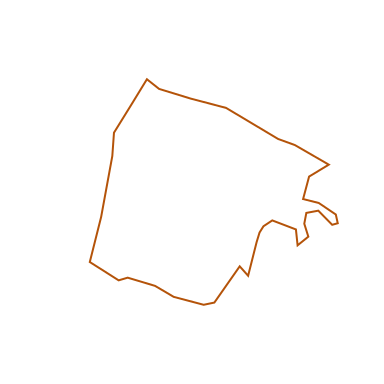 the district of Pulaski, Virginia, United States of America, rotated 51°
{"feature_id": "52423323B50424671887039", "entity_name": "Pulaski", "entity_type": "district", "adm_level": 2, "iso_a3": "USA", "parent_name": "United States of America", "parent_adm1": "Virginia", "projection": "robinson", "projection_center": [-80.648, 37.062], "detail": "fine", "context": "isolated", "style": "outline", "palette": "amber", "viewbox_px": 384, "rotation_deg": 51, "n_neighbors": 0, "source": "geoboundaries", "source_scale": "gbopen_adm2", "svg_char_len": 599}
<svg xmlns="http://www.w3.org/2000/svg" viewBox="0 0 384 384"><g transform="rotate(51 192 192)"><path d="M299.9,143.5L299.9,129.7L287.3,124.7L280.2,116.3L286.0,105.6L305.7,103.7L308.0,98.4L300.0,94.4L280.3,100.4L267.4,110.1L253.7,91.3L256.8,68.5L220.3,82.5L205.0,91.7L148.1,112.6L118.5,134.3L91.2,152.7L76.0,156.1L86.0,184.3L96.8,215.3L113.9,231.3L154.2,278.3L182.1,315.5L214.5,304.6L218.1,295.9L241.7,279.8L262.0,272.2L287.0,253.9L292.0,244.2L279.8,201.7L292.4,201.1L271.6,173.3L266.0,165.0L263.6,158.0L264.6,147.5L286.5,134.8L299.9,143.5Z" fill="none" stroke="#b45309" stroke-width="2"/></g></svg>